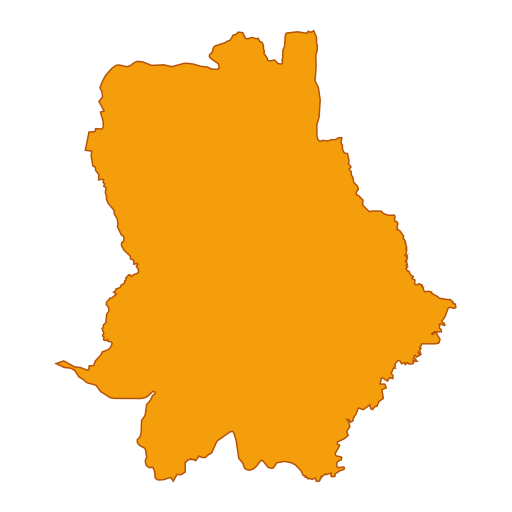 the district of Bang Khan, Nakhon Si Thammarat, Thailand
{"feature_id": "78962969B90673540736584", "entity_name": "Bang Khan", "entity_type": "district", "adm_level": 2, "iso_a3": "THA", "parent_name": "Thailand", "parent_adm1": "Nakhon Si Thammarat", "projection": "orthographic", "projection_center": [99.513, 8.009], "detail": "fine", "context": "isolated", "style": "filled", "palette": "amber", "viewbox_px": 512, "rotation_deg": 0, "n_neighbors": 0, "source": "geoboundaries", "source_scale": "gbopen_adm2", "svg_char_len": 6025}
<svg xmlns="http://www.w3.org/2000/svg" viewBox="0 0 512 512"><path d="M449.8,299.3L448.8,299.7L439.0,298.2L438.1,296.9L431.6,293.3L431.8,292.3L431.1,291.8L428.4,291.3L424.7,291.7L423.3,289.7L423.5,287.4L422.1,286.6L422.2,285.3L421.3,285.7L421.1,284.7L419.1,283.7L417.7,284.6L415.0,284.4L414.5,283.5L415.0,280.1L412.0,278.5L413.3,276.5L410.5,274.9L409.1,271.3L407.5,271.1L406.0,268.4L407.5,267.1L406.7,266.8L406.3,265.2L407.3,265.2L406.7,262.4L405.6,261.8L406.5,261.3L405.9,260.0L406.8,259.9L407.6,257.6L407.1,256.7L406.5,257.1L406.1,256.6L406.9,255.3L405.6,256.0L405.0,255.5L406.3,252.9L406.8,249.2L405.8,248.9L406.7,247.1L406.2,246.9L405.8,243.6L405.1,243.4L405.5,241.9L404.2,239.2L403.3,238.8L403.5,235.9L399.7,230.6L397.1,229.6L397.7,229.3L397.1,226.8L397.9,223.7L396.9,221.6L395.3,221.4L394.6,220.3L394.5,218.0L395.1,217.3L394.5,215.2L388.5,215.3L383.3,213.5L381.3,211.2L372.8,211.0L369.3,211.7L363.2,205.7L362.6,203.4L363.0,200.2L358.7,195.7L356.2,194.5L356.5,191.8L358.4,189.3L358.2,187.9L357.2,185.8L353.8,182.5L352.8,177.1L351.4,175.1L351.2,171.8L349.0,168.9L350.9,167.3L350.8,166.5L348.5,163.9L349.0,160.5L347.5,153.6L344.2,152.9L342.5,149.2L342.4,145.0L341.3,143.8L341.1,142.1L341.8,137.7L338.6,137.7L335.6,139.6L331.4,139.7L328.0,140.9L322.3,140.4L320.0,141.5L317.7,139.3L317.0,135.5L316.8,125.1L319.1,117.0L320.2,99.9L318.4,87.8L315.0,80.7L316.1,67.3L315.8,55.3L317.3,49.9L317.3,44.9L316.5,43.0L316.5,37.0L313.7,30.7L310.8,32.3L308.1,31.3L307.0,33.3L297.5,31.8L286.3,33.1L285.3,35.7L284.5,46.5L282.9,50.2L282.7,58.2L281.9,59.6L282.7,62.4L281.6,64.1L278.1,63.6L274.7,60.0L270.0,60.9L267.8,60.4L267.2,59.5L267.4,58.3L263.8,53.2L264.5,51.3L263.5,49.2L263.5,46.4L262.4,42.7L259.8,41.5L258.1,38.2L256.4,38.9L252.7,37.5L249.2,38.1L248.5,38.9L245.6,38.5L242.7,32.7L238.2,32.1L235.5,34.7L233.2,35.0L230.3,40.1L226.4,41.6L225.4,42.6L214.7,46.1L213.0,48.6L212.3,52.0L209.6,54.6L209.4,56.7L210.4,58.2L218.4,63.8L219.2,67.9L217.8,69.2L212.0,69.2L207.2,67.0L200.5,66.3L193.5,64.1L187.2,63.3L184.0,63.4L171.6,66.7L163.8,64.8L151.7,65.4L142.6,61.9L137.6,61.3L134.3,62.6L130.2,65.7L126.9,66.7L119.4,65.0L116.2,65.3L111.8,68.4L105.7,75.3L102.3,81.6L100.0,87.8L102.0,92.0L102.6,97.0L98.9,101.4L104.1,111.0L100.4,112.1L103.1,121.1L103.4,127.0L101.9,129.1L95.6,128.6L95.3,130.8L94.5,131.7L89.0,132.0L85.3,150.3L91.6,151.1L91.2,156.4L92.9,166.0L95.3,167.2L95.7,170.5L98.8,174.5L98.6,179.9L102.3,179.2L103.7,180.0L103.1,182.5L104.7,183.9L103.7,186.2L105.5,187.3L106.0,188.6L105.3,192.3L106.6,196.9L106.4,198.9L108.2,203.3L114.1,210.5L114.3,214.0L117.1,218.6L118.0,223.9L117.4,226.6L121.3,234.9L123.8,236.5L123.9,240.9L121.6,242.7L121.5,245.6L124.1,250.3L130.1,255.9L130.5,258.9L133.8,260.3L133.7,264.2L137.4,263.4L137.8,265.0L136.5,265.5L136.4,266.8L138.2,268.7L138.6,271.8L136.8,273.7L134.5,274.2L131.5,276.3L130.7,276.2L130.4,275.0L128.4,274.8L127.6,276.6L126.0,277.5L125.9,280.1L124.6,280.9L124.4,283.5L121.5,284.8L120.0,287.6L116.1,288.9L115.1,291.4L113.6,292.1L116.3,294.3L111.7,298.0L110.0,298.2L106.5,302.3L106.2,304.5L108.5,307.3L108.9,311.2L106.7,314.1L105.8,322.8L103.5,324.8L103.0,327.7L102.0,328.9L103.7,332.8L103.6,334.1L102.6,334.9L102.7,336.0L103.8,336.7L103.6,339.9L105.5,340.6L107.7,339.7L107.9,341.3L110.9,341.8L112.2,343.4L110.5,347.6L108.2,349.6L102.1,352.0L101.1,354.7L95.2,361.1L93.7,365.6L89.2,365.8L88.7,369.5L87.5,370.3L80.6,367.6L74.5,366.8L63.7,360.9L56.1,363.6L64.1,367.4L70.7,368.2L74.7,370.4L79.0,377.0L82.5,378.9L86.9,382.7L95.9,385.2L100.6,391.5L110.3,397.7L114.7,398.4L141.2,398.5L145.2,397.6L148.1,395.9L152.9,391.3L154.9,392.1L155.0,393.8L152.5,395.6L150.5,400.1L146.6,404.6L145.1,415.4L141.6,420.5L141.1,433.0L139.9,437.0L137.3,439.7L137.3,442.4L139.3,445.3L144.2,447.9L145.4,449.2L146.7,457.5L145.4,460.0L145.4,462.5L146.4,465.6L149.1,467.6L153.0,467.5L154.7,471.8L155.1,477.6L156.7,479.4L158.6,480.0L164.1,479.6L170.0,477.5L170.9,477.7L173.3,481.2L176.9,474.6L181.4,474.6L185.3,471.9L185.2,462.0L186.4,461.7L188.2,459.8L189.9,459.6L190.7,458.7L191.5,459.5L194.5,459.6L195.0,460.5L195.9,460.5L198.9,456.0L202.0,457.5L205.7,457.4L207.7,455.2L211.7,452.9L216.9,441.2L229.6,432.1L232.3,431.3L233.7,432.5L236.1,440.1L238.8,458.4L242.8,463.1L244.5,468.1L246.3,469.5L249.5,470.1L253.1,469.1L256.3,466.4L261.1,460.1L263.0,461.0L268.2,467.4L272.0,468.3L273.6,467.7L276.8,462.8L284.5,461.4L290.9,462.6L295.6,465.0L300.8,470.5L303.3,475.6L305.6,476.0L306.1,476.4L305.4,477.2L307.4,477.7L307.9,478.9L309.6,478.4L312.0,479.4L315.3,478.1L316.4,481.3L318.8,481.3L319.9,480.3L320.6,477.8L321.2,477.8L321.2,476.3L322.1,476.7L325.3,473.8L326.1,474.7L331.1,473.0L331.4,474.6L330.7,475.4L331.4,476.4L332.5,476.9L334.9,476.3L335.1,473.9L339.7,470.9L343.8,469.4L344.5,468.5L343.8,466.9L338.5,467.7L336.9,466.6L336.8,462.5L338.3,461.1L341.2,459.9L341.7,457.6L340.6,456.7L336.2,456.0L335.0,453.9L339.7,445.5L339.4,444.8L337.3,444.1L337.4,442.1L344.6,438.5L348.2,435.4L346.7,431.4L349.9,426.5L348.4,421.4L346.8,419.3L348.7,419.6L350.4,422.2L352.9,420.9L353.3,418.4L356.1,413.9L358.4,408.0L363.4,409.6L369.9,404.9L370.8,408.7L372.6,409.5L374.7,406.8L377.0,406.2L379.0,401.5L383.3,398.4L381.9,389.7L386.3,387.8L384.8,384.1L380.1,384.1L381.5,377.9L382.4,377.8L387.5,381.1L389.3,377.8L392.9,378.5L393.0,375.6L391.2,373.4L393.3,368.4L395.2,368.1L394.3,367.1L395.5,365.9L395.0,364.3L397.0,361.4L398.3,360.6L399.9,360.9L401.6,363.8L404.3,362.6L405.2,364.6L407.4,362.5L408.5,363.9L412.4,364.0L413.6,362.9L413.1,360.3L415.2,361.3L417.1,361.3L415.1,358.7L413.6,358.1L414.6,355.5L415.5,355.4L416.3,357.1L420.9,354.6L420.4,352.4L419.1,353.9L418.1,352.2L419.9,350.3L419.9,349.0L421.0,348.5L419.7,346.9L421.1,345.8L421.6,343.8L435.8,343.8L438.9,342.9L440.0,339.2L437.0,334.3L436.8,332.6L435.9,332.4L432.3,334.5L431.6,333.7L434.4,331.7L441.3,331.8L441.3,329.6L439.3,328.1L439.8,326.1L439.1,324.6L440.7,323.9L443.6,325.4L444.8,325.3L444.4,323.4L442.2,322.3L441.9,321.2L444.9,316.9L448.3,308.0L449.6,307.3L454.4,308.3L455.9,307.5L455.2,304.0L453.3,303.7L453.2,302.1L449.8,299.3Z" fill="#f59e0b" stroke="#b45309" stroke-width="1.5"/></svg>